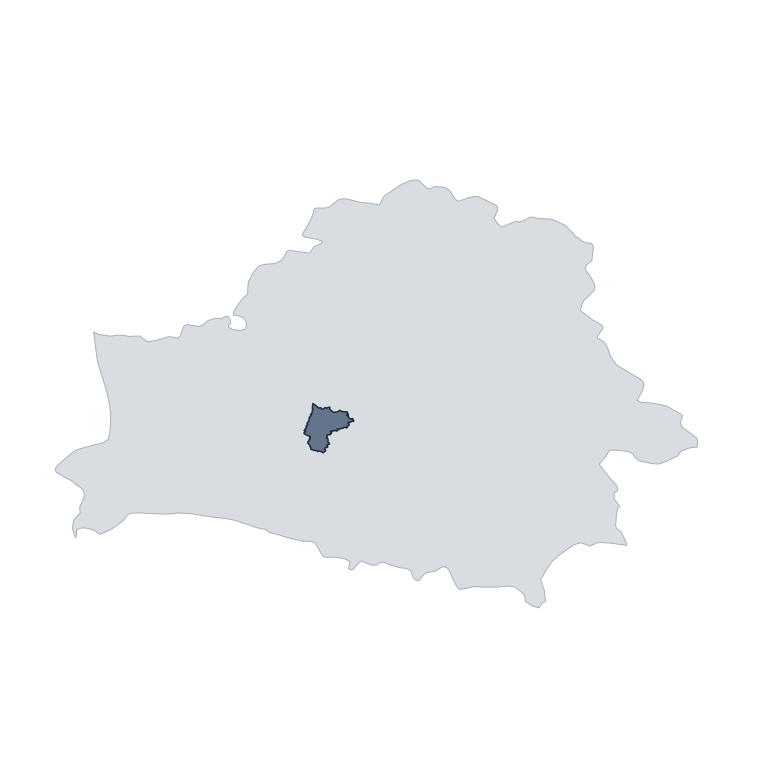 Kapyl, Minsk, Belarus shown in context, rotated 6°
{"feature_id": "67162791B49789732024983", "entity_name": "Kapyl", "entity_type": "district", "adm_level": 2, "iso_a3": "BLR", "parent_name": "Belarus", "parent_adm1": "Minsk", "projection": "robinson", "projection_center": [27.145, 53.093], "detail": "fine", "context": "in_parent", "style": "filled", "palette": "slate", "viewbox_px": 768, "rotation_deg": 6, "n_neighbors": 0, "source": "geoboundaries", "source_scale": "gbopen_adm2", "svg_char_len": 8965}
<svg xmlns="http://www.w3.org/2000/svg" viewBox="0 0 768 768"><g transform="rotate(6 384 384)"><path d="M642.2,519.2L629.4,518.6L614.1,518.9L605.7,523.6L596.3,521.3L589.7,523.9L574.9,536.8L569.1,543.7L563.7,554.3L560.4,562.2L562.4,567.7L565.3,572.9L566.1,578.4L567.6,582.7L563.9,585.9L561.8,590.4L555.4,589.6L547.4,585.3L545.7,579.0L539.5,574.6L535.5,572.3L529.0,571.9L518.6,574.0L504.9,575.6L494.6,576.0L489.0,578.2L480.7,580.4L477.5,577.8L472.8,570.7L468.9,563.5L466.2,560.4L464.0,559.6L461.2,559.7L458.0,562.0L455.6,564.3L447.0,567.0L443.3,569.5L439.1,576.1L436.4,575.6L433.5,574.1L430.1,566.8L425.6,565.1L418.4,565.0L409.4,563.4L402.1,561.2L399.4,561.8L395.1,564.9L390.5,565.3L380.2,562.5L378.2,563.8L372.3,571.9L369.5,572.3L368.0,571.3L368.8,564.2L362.8,561.8L352.8,561.4L345.7,562.4L342.3,562.1L340.5,560.7L331.9,549.0L327.3,548.2L319.1,548.8L307.1,547.4L293.2,544.7L285.5,543.7L281.6,541.1L273.0,540.2L250.1,535.2L240.7,534.3L226.9,534.3L205.8,533.1L192.4,533.8L186.1,535.4L178.9,536.4L153.9,537.8L144.9,539.1L142.3,541.6L139.2,547.0L128.8,556.4L118.6,562.6L116.8,563.2L111.0,559.9L106.1,558.7L100.4,558.4L96.3,559.4L93.7,561.0L93.9,568.2L93.3,568.9L89.1,560.3L89.6,552.5L92.2,548.1L95.3,544.1L94.2,538.1L97.3,530.1L97.5,524.4L96.2,521.9L93.9,519.1L87.5,515.9L84.7,513.4L76.0,510.1L67.3,506.0L65.9,503.5L66.4,501.7L68.0,499.1L74.8,491.4L82.2,483.9L86.8,480.9L111.5,471.3L115.3,468.0L116.4,462.3L116.2,450.8L114.9,440.4L113.2,433.2L108.8,419.7L96.7,391.7L89.8,362.7L94.7,364.4L106.2,365.1L115.5,363.1L120.2,362.8L124.5,363.4L136.6,361.8L139.5,364.4L144.9,366.7L155.6,363.4L165.0,359.3L174.8,359.8L176.2,357.8L178.8,347.5L181.7,345.3L193.4,346.3L197.7,344.4L202.3,339.4L209.2,336.2L214.9,336.2L220.9,332.7L223.8,335.1L225.2,339.3L223.2,342.7L224.1,344.0L228.2,345.7L235.3,345.7L239.8,344.2L240.9,342.3L240.9,338.8L239.9,335.5L236.9,332.7L231.2,331.2L227.3,331.2L226.7,329.4L228.0,325.5L231.6,318.4L235.9,312.0L238.5,309.6L239.0,307.4L238.5,303.5L238.5,296.5L242.4,286.7L247.6,279.4L254.6,277.0L263.0,275.7L268.4,272.2L271.1,268.3L273.4,262.2L276.1,260.9L296.4,261.7L299.5,255.6L301.3,253.9L305.2,252.1L307.9,249.9L306.9,248.2L301.7,247.1L289.6,246.2L287.1,244.1L287.9,241.7L291.2,235.4L294.3,227.2L295.9,220.9L296.1,217.2L297.8,216.2L307.7,215.0L311.0,213.8L319.6,205.2L326.1,203.7L342.8,205.9L350.5,205.7L360.2,206.3L361.0,205.5L364.5,197.0L380.9,183.4L389.7,178.6L395.3,177.6L397.3,177.8L406.2,185.0L408.3,185.3L414.1,182.3L424.3,182.0L429.1,184.6L436.0,193.4L439.5,194.4L449.4,189.5L454.8,187.9L458.4,187.9L477.3,194.7L478.7,196.9L478.8,199.5L476.1,207.5L480.0,212.5L484.6,215.8L494.1,210.3L497.7,208.7L501.5,208.7L506.7,206.6L510.4,203.6L514.0,202.5L520.9,203.2L533.3,202.5L547.9,207.3L549.2,208.8L556.6,214.5L559.2,217.3L561.6,218.2L565.6,221.0L570.8,222.7L574.4,222.2L576.1,223.1L577.8,225.3L578.0,229.0L577.8,239.6L572.7,245.1L572.1,247.1L572.4,249.4L576.6,254.0L582.1,261.1L583.5,265.2L583.6,268.3L576.5,277.5L574.1,279.7L572.6,284.3L571.8,289.0L572.3,290.9L584.7,298.4L593.8,302.4L595.9,304.4L596.1,305.6L591.5,313.6L591.1,315.7L598.4,319.1L602.5,324.3L606.3,332.8L613.4,340.9L639.4,352.9L641.7,355.0L642.6,357.5L641.9,363.1L637.5,373.7L641.9,375.3L653.3,374.9L667.1,376.2L683.9,383.7L684.1,387.1L682.5,390.2L683.7,393.4L685.6,396.2L700.2,404.6L701.7,407.0L702.1,411.1L701.8,414.1L697.8,414.7L693.5,416.1L686.3,419.7L683.6,424.8L672.2,431.8L665.0,435.0L659.3,435.1L645.5,433.7L640.6,430.2L638.5,427.1L633.2,425.6L626.2,425.5L616.6,426.0L614.6,427.0L613.1,430.9L609.2,437.5L606.3,441.3L619.0,454.5L625.3,459.9L627.3,463.2L627.3,465.6L624.4,468.4L625.0,474.0L631.2,481.4L629.2,482.5L628.9,491.6L629.2,501.3L630.9,503.6L634.2,505.5L637.0,509.1L641.8,517.1L642.2,519.2Z" fill="#d9dde1" stroke="#a8b0b8" stroke-width="1"/><path d="M335.5,448.2L335.0,448.0L334.5,447.9L334.3,447.4L334.3,446.5L334.2,445.7L334.1,445.2L334.0,444.6L333.8,444.2L333.4,443.9L333.0,443.9L332.6,443.9L332.4,443.7L332.5,443.4L332.8,443.0L333.0,442.7L333.2,442.4L333.0,442.1L332.8,441.9L332.6,441.6L332.6,440.9L332.8,440.4L333.9,440.2L334.6,440.2L335.1,440.2L335.5,440.0L336.0,439.8L336.2,439.5L336.1,439.2L336.2,438.9L336.7,438.7L337.0,438.4L337.0,438.0L336.6,437.7L336.2,437.4L335.8,437.1L335.6,436.8L335.7,436.5L336.1,436.3L336.6,436.2L337.5,436.3L337.8,436.2L338.3,436.1L338.7,435.8L339.1,435.6L339.5,435.5L339.9,435.3L340.5,435.4L340.9,435.6L341.2,435.7L341.5,435.7L342.1,435.6L342.7,435.3L342.8,435.0L342.8,434.7L342.6,434.4L342.2,434.0L342.2,433.8L342.3,433.7L342.6,433.5L343.0,433.5L343.4,433.5L343.8,433.7L344.0,433.7L344.3,433.6L344.5,433.4L344.6,433.2L344.9,433.1L345.2,433.1L345.6,433.1L345.9,432.9L346.2,432.8L346.3,432.6L346.5,432.4L347.0,432.3L347.3,432.3L347.7,432.3L348.0,432.2L348.1,431.9L348.2,431.6L348.6,431.4L348.9,431.3L349.5,431.3L350.1,431.3L350.5,431.4L350.9,431.5L351.5,431.5L351.8,431.3L351.9,431.1L351.9,430.9L351.7,430.5L351.6,430.4L351.7,430.1L351.9,429.8L352.1,429.7L352.4,429.6L352.9,429.4L353.2,429.1L353.3,428.8L353.4,428.5L353.6,428.3L353.6,427.9L353.5,427.7L353.4,427.5L353.3,427.3L353.1,427.0L352.8,426.9L352.5,426.7L352.2,426.4L352.3,426.2L352.5,426.0L352.8,425.8L353.1,425.8L353.6,425.8L354.3,425.7L354.5,425.5L354.8,425.2L355.4,424.8L355.8,424.5L356.2,424.4L356.5,424.4L357.0,424.4L357.3,424.4L357.6,424.2L357.8,423.9L357.8,423.7L357.5,423.4L357.2,423.2L356.9,423.1L356.8,422.9L356.8,422.5L356.8,422.2L356.7,421.9L356.3,421.7L355.9,421.7L355.6,421.8L355.3,422.1L354.9,422.2L354.7,422.3L354.0,422.0L353.3,421.6L352.7,421.4L352.4,421.2L352.1,420.8L351.9,420.5L351.9,420.3L352.0,420.1L352.1,419.9L352.0,419.6L351.6,419.5L351.1,419.5L350.7,419.4L350.2,419.2L350.1,418.7L350.4,418.7L350.7,418.6L351.1,418.6L351.5,418.5L351.7,418.3L351.8,418.1L351.8,417.9L351.5,417.7L351.1,417.6L350.8,417.1L350.8,416.7L350.6,416.3L350.5,416.0L350.4,415.8L350.4,415.7L349.8,415.6L348.6,415.7L347.2,415.8L345.9,415.7L345.1,415.7L344.7,415.5L344.2,415.4L343.8,415.2L343.5,415.0L343.1,414.9L342.7,414.9L342.2,415.0L342.0,415.3L341.8,415.6L341.4,415.9L341.0,416.4L340.0,416.8L339.5,416.9L338.9,417.0L338.4,417.2L337.9,417.3L337.4,417.3L336.4,417.3L335.5,416.7L334.6,416.1L333.5,415.3L333.0,415.0L332.7,414.7L332.7,414.4L332.7,413.9L332.7,413.6L332.7,413.1L332.4,412.8L332.1,412.8L331.6,413.0L331.3,413.1L331.0,413.2L330.7,413.2L330.4,413.3L330.1,413.4L329.9,413.6L329.8,413.8L329.6,414.0L329.3,414.1L328.8,414.0L328.5,413.8L328.2,413.7L327.8,413.7L327.6,413.8L327.4,414.0L327.2,414.3L326.9,414.6L326.7,414.8L326.5,415.0L326.2,415.1L325.8,415.3L325.3,415.4L325.0,415.5L324.8,415.4L324.6,415.3L324.2,414.9L324.0,414.7L323.8,414.5L323.5,414.3L323.3,414.2L323.0,414.2L322.7,414.3L322.5,414.6L322.3,414.7L322.0,414.8L321.5,414.6L321.1,414.4L320.2,413.7L319.6,413.4L318.6,412.7L317.6,412.1L316.9,411.7L316.4,411.4L315.9,411.1L315.5,411.0L315.5,411.4L315.3,411.9L315.3,412.9L315.2,413.6L315.3,415.0L315.3,415.6L315.6,415.7L315.8,416.0L315.7,416.3L315.6,416.8L315.6,417.6L315.6,418.0L315.5,418.5L315.3,419.2L315.4,420.8L315.3,421.2L314.9,421.4L314.7,421.5L314.4,421.6L314.1,421.8L314.2,422.1L314.4,422.3L314.7,422.5L314.9,422.7L314.8,423.1L314.6,423.5L314.3,423.7L313.9,423.8L313.8,424.1L313.9,424.4L313.8,424.8L313.6,425.0L313.2,425.2L313.1,425.7L313.0,426.3L313.2,426.7L313.3,427.1L313.3,427.5L313.1,427.8L312.9,428.4L312.9,428.8L312.8,429.3L312.5,429.7L312.0,430.2L311.8,430.5L311.6,430.9L311.7,431.4L311.9,431.7L312.2,431.9L312.3,432.4L312.3,432.7L311.9,432.9L311.4,433.2L311.2,433.4L311.2,434.0L311.1,434.4L311.4,434.7L311.3,435.0L311.2,435.4L310.9,435.8L310.7,436.1L310.5,436.4L310.4,436.7L310.3,437.1L310.6,437.4L310.6,437.6L310.4,437.9L309.9,438.2L309.7,438.4L309.5,438.6L310.0,438.9L310.4,438.9L310.7,438.9L311.0,439.1L311.0,439.6L310.5,440.0L310.2,440.2L309.8,440.7L309.6,440.9L309.7,441.3L309.9,441.8L310.2,442.0L311.2,442.4L312.1,442.7L312.9,443.0L314.0,443.4L314.7,443.6L315.4,443.7L315.9,443.7L316.3,443.9L316.3,444.2L316.0,444.7L315.8,445.1L315.8,445.3L316.0,445.7L316.3,445.9L316.4,446.3L316.0,446.6L315.4,446.8L315.4,447.1L315.6,447.5L315.6,448.0L315.4,448.3L315.0,448.6L314.7,448.9L314.4,449.4L314.3,449.9L314.4,450.4L314.7,450.9L315.1,451.4L315.7,451.9L316.4,452.4L316.8,452.7L317.0,453.1L317.0,453.5L317.0,454.2L317.4,454.5L317.7,454.7L317.9,455.1L318.0,455.3L318.0,455.7L318.0,456.1L318.0,456.5L318.9,456.8L319.5,456.8L319.9,456.9L320.4,457.2L320.9,457.4L321.4,457.4L321.7,457.2L322.2,457.2L322.9,457.3L323.6,457.3L324.3,457.5L324.7,457.7L325.0,457.9L325.2,458.1L325.6,457.8L326.1,457.5L326.5,457.4L326.9,457.4L327.4,457.6L327.7,457.7L328.2,457.7L328.6,457.7L329.1,457.9L329.5,458.1L329.8,458.3L330.0,458.6L330.3,458.7L330.8,458.7L331.2,458.3L331.6,457.8L332.1,457.4L332.4,457.1L332.8,456.6L332.9,456.2L332.8,455.8L332.4,455.4L332.0,455.1L331.5,454.7L331.5,454.3L331.9,453.9L332.4,453.6L333.1,453.3L333.5,453.2L334.3,453.0L334.6,452.6L334.4,452.2L334.0,451.7L333.5,451.1L333.5,450.8L333.8,450.4L334.5,450.2L335.0,450.1L335.5,449.9L335.9,449.7L336.0,449.1L335.8,448.8L335.5,448.4L335.5,448.2Z" fill="#64748b" stroke="#1e293b" stroke-width="1.5"/></g></svg>